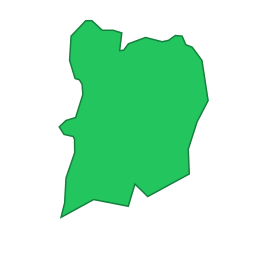 SVG path tracing the border of Leeds, rotated 281°
{"feature_id": "GBR-5674", "entity_name": "Leeds", "entity_type": "Metropolitan Borough", "adm_level": 1, "iso_a3": "GBR", "parent_name": "United Kingdom", "parent_adm1": "", "projection": "robinson", "projection_center": [-1.452, 53.819], "detail": "fine", "context": "isolated", "style": "filled", "palette": "green", "viewbox_px": 256, "rotation_deg": 281, "n_neighbors": 0, "source": "natural_earth", "source_scale": "10m", "svg_char_len": 633}
<svg xmlns="http://www.w3.org/2000/svg" viewBox="0 0 256 256"><g transform="rotate(281 128 128)"><path d="M64.5,160.4L74.3,145.5L51.2,143.2L51.2,107.9L27.5,79.3L42.4,80.1L67.2,76.7L93.6,80.4L106.6,77.7L109.2,75.9L109.5,66.4L115.9,60.3L123.5,65.6L128.3,74.6L152.2,77.3L162.1,74.6L166.0,71.2L166.5,66.6L183.1,57.8L207.3,54.6L225.2,66.0L226.5,72.1L219.0,84.0L221.1,94.7L220.1,103.8L202.4,105.0L203.5,108.9L210.7,112.3L220.2,127.9L219.2,145.1L221.8,151.1L227.8,156.8L228.5,163.6L220.8,168.8L219.5,175.7L208.4,187.7L170.2,201.4L147.1,194.6L118.6,191.2L94.6,196.9L64.5,160.4Z" fill="#22c55e" stroke="#15803d" stroke-width="1.5"/></g></svg>